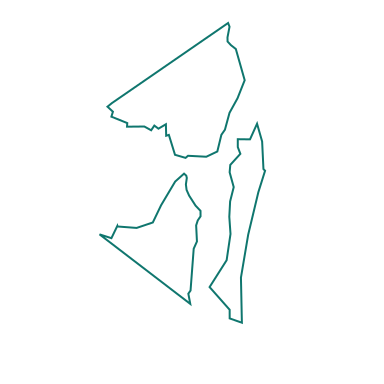 the district of Aransas, United States of America, rotated 336°
{"feature_id": "52423323B95001910303654", "entity_name": "Aransas", "entity_type": "district", "adm_level": 2, "iso_a3": "USA", "parent_name": "United States of America", "parent_adm1": "", "projection": "equal_earth", "projection_center": [-97.0, 28.078], "detail": "fine", "context": "isolated", "style": "outline", "palette": "teal", "viewbox_px": 384, "rotation_deg": 336, "n_neighbors": 0, "source": "geoboundaries", "source_scale": "gbopen_adm2", "svg_char_len": 1091}
<svg xmlns="http://www.w3.org/2000/svg" viewBox="0 0 384 384"><g transform="rotate(336 192 192)"><path d="M293.7,52.3L155.0,78.2L149.5,79.7L152.4,86.5L149.0,90.4L160.9,102.7L159.2,105.9L175.1,112.8L179.8,119.0L184.6,116.0L187.1,120.5L195.7,119.5L191.3,130.1L194.1,130.4L191.6,151.1L200.0,158.2L203.1,157.3L219.4,165.6L231.6,165.3L242.1,151.7L247.4,148.5L258.5,134.9L271.7,124.9L285.6,111.3L290.2,79.2L287.3,73.7L285.7,69.0L287.3,65.2L293.5,56.3L293.7,52.3ZM110.0,192.6L99.6,201.4L90.3,193.1L144.9,293.5L147.3,283.4L150.6,281.4L170.5,244.5L176.4,239.2L182.2,224.2L185.7,220.3L189.9,217.7L192.1,212.7L189.7,205.9L187.9,194.1L187.9,187.9L189.5,182.6L193.0,177.0L193.4,174.7L192.2,172.0L180.9,175.6L158.4,191.5L143.8,203.9L126.8,202.3L109.9,193.2L110.0,192.6ZM169.4,286.0L178.5,314.9L175.0,322.8L184.4,331.7L201.9,290.1L226.0,253.8L252.5,219.2L267.4,202.3L266.6,200.1L276.6,174.4L279.2,156.1L266.4,167.5L255.3,162.4L252.1,169.6L251.7,176.8L238.0,182.8L234.4,189.3L232.1,204.5L223.0,216.1L216.0,229.8L210.1,246.0L195.9,268.4L169.4,286.0Z" fill="none" stroke="#0f766e" stroke-width="2"/></g></svg>